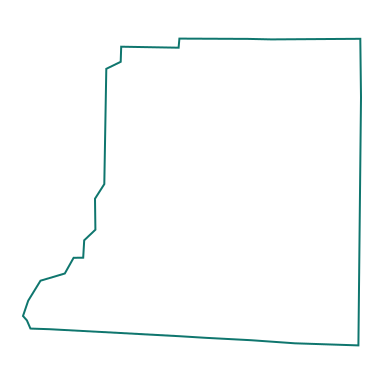 outline of Decatur, Georgia, United States of America
{"feature_id": "52423323B73642037306772", "entity_name": "Decatur", "entity_type": "district", "adm_level": 2, "iso_a3": "USA", "parent_name": "United States of America", "parent_adm1": "Georgia", "projection": "albers", "projection_center": [-84.677, 30.885], "detail": "fine", "context": "isolated", "style": "outline", "palette": "teal", "viewbox_px": 384, "rotation_deg": 0, "n_neighbors": 0, "source": "geoboundaries", "source_scale": "gbopen_adm2", "svg_char_len": 464}
<svg xmlns="http://www.w3.org/2000/svg" viewBox="0 0 384 384"><path d="M360.3,38.8L271.6,39.4L248.3,38.9L179.4,38.6L178.6,47.7L121.2,46.7L120.7,61.8L106.3,68.8L104.3,184.1L95.0,198.7L95.4,229.7L84.2,240.3L83.2,257.7L73.6,257.8L64.8,273.5L40.5,280.7L28.2,300.7L23.0,316.0L26.9,320.4L30.4,328.5L31.2,328.6L49.5,329.2L179.3,336.2L205.3,337.8L250.8,340.2L253.7,340.4L294.8,343.3L358.4,345.4L361.0,97.5L360.3,38.8Z" fill="none" stroke="#0f766e" stroke-width="2"/></svg>